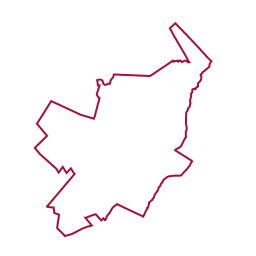 Tintesti, Buzau, Romania, rotated 258°
{"feature_id": "2599482B60981366823487", "entity_name": "Tintesti", "entity_type": "district", "adm_level": 2, "iso_a3": "ROU", "parent_name": "Romania", "parent_adm1": "Buzau", "projection": "albers", "projection_center": [26.882, 45.056], "detail": "fine", "context": "isolated", "style": "outline", "palette": "rose", "viewbox_px": 256, "rotation_deg": 258, "n_neighbors": 0, "source": "geoboundaries", "source_scale": "gbopen_adm2", "svg_char_len": 5449}
<svg xmlns="http://www.w3.org/2000/svg" viewBox="0 0 256 256"><g transform="rotate(258 128 128)"><path d="M190.6,214.6L189.9,214.6L191.3,214.2L195.0,211.9L198.7,209.7L203.2,206.9L208.3,203.8L209.2,203.2L210.1,202.6L212.3,201.3L216.0,198.9L216.3,198.7L220.6,196.1L218.7,192.9L217.9,191.5L217.8,191.4L216.8,189.7L213.8,190.6L209.7,191.8L208.5,192.1L205.5,193.2L198.7,195.4L192.8,197.4L190.3,198.2L187.0,199.3L180.3,201.2L179.6,201.6L179.6,201.0L179.7,200.5L179.9,200.2L180.3,200.0L180.9,199.7L181.5,198.8L181.5,198.6L182.0,197.6L182.1,197.0L181.9,196.3L181.6,195.8L181.5,195.5L181.4,194.9L181.4,194.6L181.3,194.4L181.7,194.0L182.8,193.6L183.3,193.1L183.2,192.6L182.4,191.1L183.5,190.9L183.6,190.2L183.3,189.9L183.4,189.6L183.5,189.2L183.6,188.4L183.6,186.8L183.5,186.3L184.5,186.3L184.6,186.1L183.1,182.4L181.3,178.1L180.5,176.0L180.3,175.5L179.7,173.9L179.0,172.2L178.8,171.6L178.1,169.9L177.9,169.6L176.5,166.0L175.2,162.8L175.1,162.5L175.1,162.4L174.3,160.3L174.3,160.2L175.0,157.4L175.3,156.3L175.6,155.4L176.8,150.5L178.2,145.2L178.5,144.1L179.2,141.2L180.3,137.0L181.1,133.7L182.2,129.7L183.1,126.2L183.3,125.3L183.2,125.1L182.0,124.8L180.7,123.9L180.1,123.3L179.2,122.0L178.0,120.8L176.6,120.3L175.6,119.7L174.9,119.3L175.6,117.8L175.4,117.4L175.0,116.3L174.9,115.3L174.9,114.7L175.0,114.4L175.1,114.2L175.4,113.8L176.2,113.4L176.4,113.2L177.0,113.1L179.0,113.0L179.8,112.6L180.4,112.2L180.7,111.8L181.0,111.2L181.3,110.1L181.4,108.8L181.2,107.7L180.0,107.8L175.8,107.4L175.6,109.0L174.7,108.6L169.1,105.3L168.1,104.7L167.8,104.6L167.3,104.4L167.0,104.5L166.8,104.5L166.4,104.6L165.0,105.1L164.4,105.4L163.3,106.4L159.8,104.7L157.5,103.4L156.5,103.0L151.3,100.4L147.3,98.4L144.2,96.6L149.2,87.4L151.1,83.9L151.6,83.5L153.1,81.4L156.1,77.4L156.4,77.1L158.3,74.5L162.2,69.3L164.2,66.7L168.2,61.3L170.1,58.7L170.3,58.5L167.6,55.9L165.0,53.3L163.6,52.0L158.1,46.7L151.1,39.8L137.2,47.2L127.9,32.7L120.7,36.5L117.6,38.8L111.3,43.4L106.8,46.7L102.9,49.5L98.8,50.9L103.5,56.1L96.8,58.5L100.4,63.8L94.2,65.9L94.1,66.1L90.0,60.9L85.9,55.5L82.8,51.6L81.7,50.1L79.8,47.7L78.2,45.6L77.4,44.6L77.3,44.4L76.1,42.9L73.3,39.2L73.2,39.2L69.1,33.9L68.4,32.9L68.1,32.5L67.9,32.6L67.7,32.7L67.6,32.9L67.5,33.1L67.3,33.8L65.7,38.3L65.7,38.8L65.3,38.8L65.1,38.8L63.9,38.6L61.8,38.4L61.1,38.3L60.2,38.3L59.9,38.9L59.7,39.2L59.4,39.6L59.0,40.1L57.9,42.2L57.7,42.3L57.4,42.5L48.5,39.2L45.5,38.1L44.9,37.9L44.6,38.0L42.4,39.5L36.6,43.3L36.5,43.2L35.4,43.8L35.6,45.1L35.6,46.2L35.7,47.2L35.7,48.1L35.9,49.6L35.9,50.8L36.0,51.1L36.5,53.1L37.5,56.8L38.0,58.5L38.3,59.7L39.2,62.8L39.3,63.2L39.3,63.7L39.4,64.4L39.5,65.3L39.7,66.5L39.9,67.7L40.0,69.0L40.1,69.5L39.9,69.9L40.0,70.9L40.2,72.0L40.2,72.3L40.4,72.2L49.1,67.7L49.0,68.2L49.9,73.9L50.4,78.0L50.2,78.6L43.1,82.6L44.7,85.0L44.8,85.2L42.7,86.3L43.1,87.1L44.3,88.0L45.3,88.5L46.8,89.7L47.8,91.1L48.6,92.2L50.1,93.6L53.0,96.1L54.5,98.6L55.3,100.7L55.8,101.5L48.1,111.4L43.9,117.0L41.0,120.9L38.2,124.5L42.5,127.8L45.7,130.3L45.8,130.3L45.7,130.7L45.8,130.8L46.0,130.9L46.1,131.0L46.4,131.2L46.6,131.4L47.0,131.6L47.3,131.7L48.0,132.0L48.6,132.3L49.1,132.8L49.4,132.9L49.6,132.9L50.4,133.0L50.6,133.0L50.8,133.2L50.9,133.5L51.2,134.2L51.7,134.9L52.0,135.4L52.2,135.6L52.4,136.1L52.6,136.9L52.8,137.2L53.0,137.2L53.4,137.3L53.6,137.5L53.9,137.8L54.0,138.0L54.2,138.4L54.3,138.6L54.5,138.7L55.6,139.5L55.8,139.5L56.2,139.6L56.5,139.8L57.0,140.2L58.4,141.5L58.8,142.1L59.9,143.0L60.0,143.2L60.5,144.0L61.3,144.6L62.0,145.1L62.4,145.2L62.7,145.3L62.9,145.3L63.3,145.5L63.7,145.8L64.7,147.7L64.9,147.8L65.3,147.9L65.7,148.0L66.1,148.3L66.8,148.9L67.0,149.2L67.4,149.9L67.7,150.4L68.1,150.6L68.5,150.9L69.3,151.5L70.2,152.4L70.7,153.4L70.8,154.0L71.2,154.6L71.7,155.6L72.2,157.7L72.0,161.4L71.8,163.0L71.5,164.2L71.6,165.2L71.0,166.3L70.9,167.2L70.5,169.5L70.9,170.5L73.8,174.5L75.4,176.9L77.2,179.0L78.0,180.3L79.2,181.3L80.2,181.8L81.2,182.7L81.9,183.8L82.9,183.4L83.0,183.2L89.8,176.3L90.8,175.2L96.4,169.5L97.3,170.7L97.9,173.4L98.0,173.6L99.0,175.8L99.4,176.3L99.5,176.4L102.5,178.7L103.2,179.3L106.6,182.1L107.0,182.9L107.6,182.8L109.0,183.1L110.0,183.3L112.2,183.7L112.4,183.8L112.9,184.3L113.2,184.5L114.7,185.1L115.6,185.5L115.9,185.5L116.9,185.5L119.3,185.6L120.2,185.6L120.5,185.6L123.3,186.3L123.8,186.4L128.0,187.4L128.5,187.5L129.8,187.8L130.4,188.0L130.9,188.2L131.6,188.7L132.9,190.0L134.6,190.9L135.0,191.3L136.1,192.7L136.3,192.9L136.7,193.1L138.0,193.5L138.3,193.7L139.1,194.2L139.4,194.4L139.5,194.4L140.6,194.1L141.0,194.1L141.7,194.6L142.6,194.8L144.7,195.7L145.1,195.9L146.0,196.4L146.1,196.5L146.4,196.6L147.9,196.5L148.2,196.6L148.8,197.5L149.2,197.7L150.4,198.6L151.8,198.8L152.1,198.9L152.3,199.2L152.7,200.1L152.7,200.4L152.7,200.5L152.6,200.8L152.2,201.4L152.1,201.8L152.1,202.1L152.1,202.3L152.4,202.5L153.0,202.8L153.5,203.1L153.6,203.3L153.6,203.7L153.7,204.2L153.8,204.7L154.1,205.2L154.3,205.3L154.7,205.4L155.2,205.4L155.8,205.3L156.2,205.3L156.6,205.5L157.1,205.8L158.3,207.6L159.0,208.5L159.6,209.1L160.2,209.4L161.1,209.8L162.0,210.2L162.7,210.4L163.3,210.5L164.6,210.0L164.8,210.0L165.0,210.1L165.2,210.3L165.5,210.9L165.6,211.1L166.1,211.7L166.4,212.1L166.9,212.5L167.1,212.8L167.4,213.2L167.5,213.6L167.7,214.1L167.8,214.5L168.6,215.8L168.8,216.3L169.3,217.2L169.6,217.7L170.0,218.3L170.3,218.9L170.6,219.7L170.8,220.1L171.1,220.3L173.4,221.1L174.0,221.5L174.7,222.0L176.0,223.5L180.5,220.4L183.3,218.8L188.2,215.9L190.6,214.6Z" fill="none" stroke="#9f1239" stroke-width="2"/></g></svg>